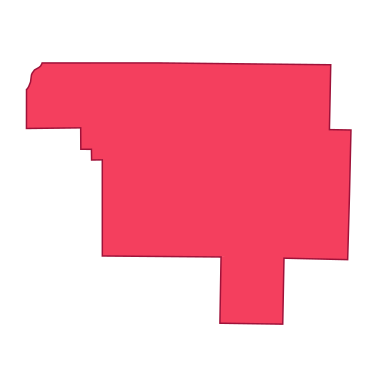 Athens, Ohio, United States of America, rotated 177°
{"feature_id": "52423323B42850579427463", "entity_name": "Athens", "entity_type": "district", "adm_level": 2, "iso_a3": "USA", "parent_name": "United States of America", "parent_adm1": "Ohio", "projection": "mercator", "projection_center": [-81.929, 39.369], "detail": "fine", "context": "isolated", "style": "filled", "palette": "rose", "viewbox_px": 384, "rotation_deg": 177, "n_neighbors": 0, "source": "geoboundaries", "source_scale": "gbopen_adm2", "svg_char_len": 511}
<svg xmlns="http://www.w3.org/2000/svg" viewBox="0 0 384 384"><g transform="rotate(177 192 192)"><path d="M34.9,180.8L30.0,245.6L51.5,247.1L46.8,311.8L219.7,322.7L334.9,328.7L335.0,328.3L336.6,325.7L338.3,324.4L342.9,322.1L345.4,319.0L346.2,317.3L347.5,310.3L349.5,305.9L351.1,303.6L351.9,303.1L354.0,264.1L299.8,261.9L300.8,240.5L290.2,239.9L290.6,229.2L279.9,228.8L284.9,132.8L166.4,125.6L171.0,59.5L108.3,55.3L103.6,121.1L40.1,116.3L34.9,180.8Z" fill="#f43f5e" stroke="#9f1239" stroke-width="1.5"/></g></svg>